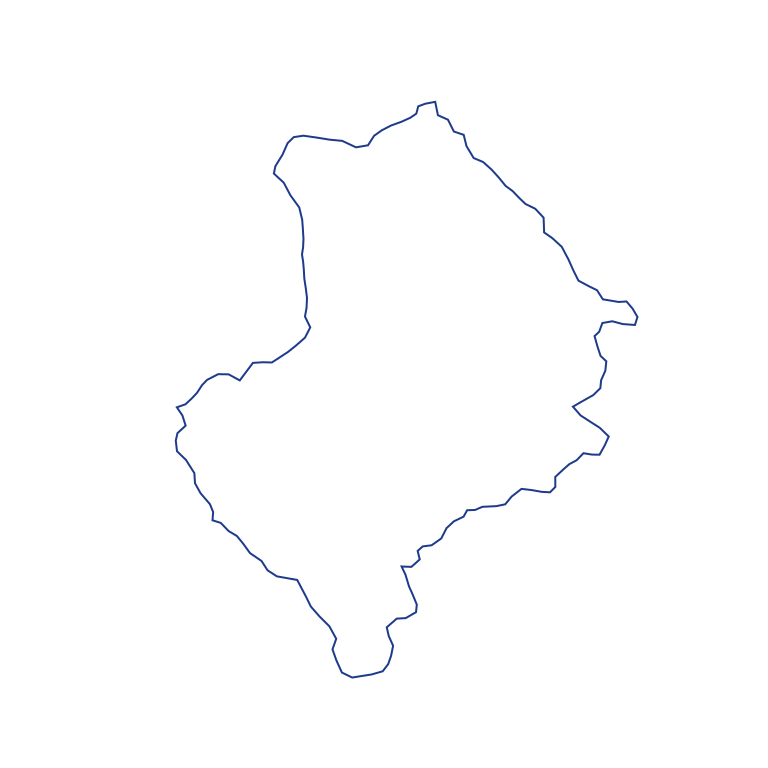 Arco-Íris, São Paulo, Brazil, rotated 125°
{"feature_id": "56859067B7870901954406", "entity_name": "Arco-Íris", "entity_type": "district", "adm_level": 2, "iso_a3": "BRA", "parent_name": "Brazil", "parent_adm1": "São Paulo", "projection": "natural_earth1", "projection_center": [-50.429, -21.77], "detail": "fine", "context": "isolated", "style": "outline", "palette": "blue", "viewbox_px": 768, "rotation_deg": 125, "n_neighbors": 0, "source": "geoboundaries", "source_scale": "gbopen_adm2", "svg_char_len": 2266}
<svg xmlns="http://www.w3.org/2000/svg" viewBox="0 0 768 768"><g transform="rotate(125 384 384)"><path d="M642.7,241.7L636.3,235.1L629.2,227.7L620.1,220.3L611.0,219.9L602.6,222.3L593.2,226.4L587.7,235.6L581.7,242.2L568.9,239.0L563.3,231.9L552.5,226.9L545.9,230.6L540.1,239.6L535.4,247.5L527.9,257.0L523.4,264.9L518.1,256.7L507.2,254.1L501.4,260.7L494.8,259.1L488.8,252.5L477.7,248.5L466.2,250.1L456.4,248.0L447.0,242.7L439.7,243.5L435.0,237.2L428.2,233.0L419.6,221.9L413.0,215.7L403.0,214.9L391.0,211.2L386.1,202.0L381.9,193.0L377.5,185.9L370.1,184.6L361.9,190.4L350.6,188.0L343.3,186.2L336.0,182.5L326.3,180.9L322.5,173.1L318.3,166.9L307.5,168.0L298.1,169.8L296.1,182.2L296.6,193.3L297.0,204.9L294.2,216.2L285.7,212.3L273.0,206.2L263.3,204.4L256.4,208.3L246.2,210.3L237.9,214.9L236.8,222.7L230.9,230.6L224.0,239.0L217.7,237.7L208.8,240.1L201.7,233.0L197.9,222.7L191.7,212.3L183.7,214.8L179.7,223.6L177.3,232.7L182.2,238.8L189.1,253.3L185.0,263.3L186.4,272.4L187.8,284.0L182.2,294.3L176.2,304.3L169.7,317.0L168.0,329.5L168.0,339.8L161.7,344.5L156.2,348.7L153.7,360.6L155.4,371.4L154.0,380.1L152.2,389.2L152.0,397.9L149.1,408.2L146.7,418.7L145.3,430.1L147.5,440.1L141.8,452.9L134.2,461.6L137.1,471.6L130.8,483.2L132.9,494.0L123.5,503.9L130.8,511.0L136.9,515.2L144.0,512.6L150.9,515.2L159.0,520.0L168.4,526.6L177.4,531.3L186.4,534.5L197.6,534.0L206.2,542.7L208.8,557.7L215.0,568.6L220.9,580.8L226.8,592.4L233.5,599.5L242.0,601.1L254.2,598.7L267.9,597.9L274.8,594.9L276.6,581.6L283.1,568.9L288.0,554.7L296.4,545.2L302.4,540.3L311.3,533.2L318.4,528.7L324.9,525.5L330.1,520.5L336.4,515.2L343.4,509.7L350.3,503.1L357.7,496.4L366.1,491.1L374.1,487.4L379.9,476.9L391.3,475.3L403.2,478.2L413.0,481.1L430.7,488.2L435.5,495.5L441.9,503.5L463.8,504.2L465.2,516.8L471.1,525.5L482.1,531.3L489.2,532.4L498.5,532.1L506.1,533.2L514.5,535.0L521.9,540.3L525.4,531.1L531.9,522.6L542.7,525.0L549.8,522.1L557.8,515.0L559.8,502.6L565.8,488.2L573.7,481.9L578.7,471.6L582.3,457.6L586.9,450.5L594.0,446.3L591.4,438.0L593.6,426.9L592.9,417.2L595.6,407.7L599.4,396.7L599.2,382.9L603.4,372.5L603.0,361.4L594.3,342.7L599.6,332.4L603.0,325.8L608.3,316.2L611.4,303.5L613.8,289.8L620.1,277.0L630.9,274.0L637.7,264.5L644.5,253.0L642.7,241.7Z" fill="none" stroke="#1e3a8a" stroke-width="2"/></g></svg>